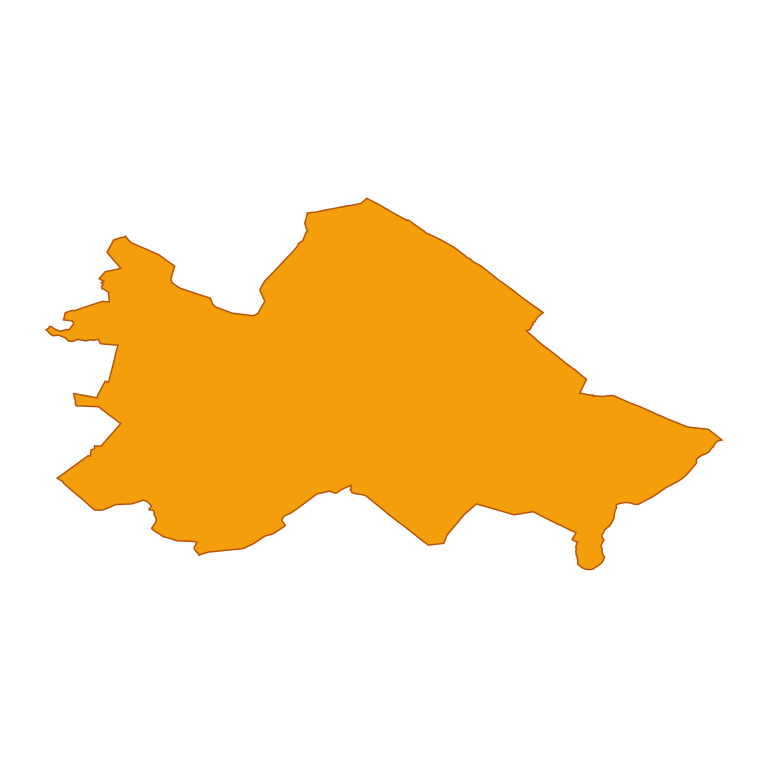 Jaungulbenes pag., Gulbene, Latvia
{"feature_id": "27541924B98196696268447", "entity_name": "Jaungulbenes pag.", "entity_type": "district", "adm_level": 2, "iso_a3": "LVA", "parent_name": "Latvia", "parent_adm1": "Gulbene", "projection": "robinson", "projection_center": [26.577, 57.088], "detail": "fine", "context": "isolated", "style": "filled", "palette": "amber", "viewbox_px": 768, "rotation_deg": 0, "n_neighbors": 0, "source": "geoboundaries", "source_scale": "gbopen_adm2", "svg_char_len": 6008}
<svg xmlns="http://www.w3.org/2000/svg" viewBox="0 0 768 768"><path d="M201.2,554.3L208.2,552.1L242.1,548.7L242.9,548.6L244.0,548.2L250.8,545.0L251.6,544.7L253.6,543.6L264.5,536.4L265.3,535.9L270.9,534.5L273.3,533.6L284.5,526.3L285.0,525.7L285.2,525.2L285.1,524.9L282.2,521.0L281.8,520.1L282.3,518.9L284.1,516.3L285.4,515.5L290.4,513.3L296.7,509.1L315.9,494.7L316.3,494.2L316.9,493.9L329.6,491.2L330.1,491.3L334.2,492.9L334.8,493.0L335.4,493.1L335.8,493.2L336.7,493.0L340.8,490.1L343.1,488.8L351.0,485.4L351.1,486.1L351.0,489.0L350.9,489.2L350.2,489.6L352.2,492.7L356.4,493.9L362.3,494.6L366.0,495.8L390.7,516.1L405.0,526.9L423.8,541.8L428.5,545.1L443.9,543.3L447.4,534.2L447.7,534.3L464.0,514.8L476.4,503.9L478.6,504.5L480.6,505.2L487.4,507.0L514.1,514.8L533.1,511.7L550.7,520.6L559.0,524.7L560.0,525.0L564.4,527.2L571.3,530.6L576.0,532.7L572.1,539.5L575.8,541.6L577.1,541.8L577.1,542.3L576.6,544.7L576.0,545.9L575.8,547.1L576.2,548.7L576.1,550.1L575.8,551.3L576.0,552.5L576.2,553.5L576.0,554.2L576.3,554.6L576.6,555.4L576.5,555.7L577.1,556.2L577.1,556.4L577.2,556.8L577.3,557.0L577.2,557.3L577.1,557.6L577.4,558.9L577.7,559.9L577.7,560.7L577.8,561.6L578.0,562.7L577.7,563.6L577.6,564.2L577.8,564.5L578.1,564.8L579.5,565.5L580.1,565.9L581.9,567.6L582.4,567.9L583.1,568.3L586.0,569.2L586.7,569.3L587.3,569.4L587.8,569.3L590.2,569.7L591.9,569.3L593.9,568.5L595.1,567.3L596.4,566.7L597.4,566.5L599.3,564.8L601.6,562.9L603.1,560.7L603.5,559.3L604.5,557.5L604.1,556.4L602.9,554.6L602.1,552.0L601.9,550.7L602.2,549.3L602.0,548.3L601.2,547.0L601.1,546.1L602.2,542.8L604.0,540.1L604.0,539.8L602.2,537.8L602.0,535.7L602.0,534.7L603.7,532.6L603.7,532.3L604.5,530.0L609.5,525.9L611.6,522.9L613.4,519.3L614.1,517.5L614.1,515.8L614.6,513.7L614.7,511.9L615.0,511.0L616.3,508.4L616.5,507.5L616.3,506.3L616.3,505.6L616.4,504.5L623.2,502.7L625.4,502.5L630.1,502.8L634.6,504.3L635.2,504.4L638.0,504.3L638.5,504.2L651.2,497.5L655.0,495.3L666.1,487.5L670.8,485.1L678.8,480.8L681.6,479.0L684.7,476.5L687.0,474.2L689.7,471.2L692.4,468.0L696.2,463.4L696.5,462.7L696.4,460.4L696.5,459.6L697.5,458.3L698.9,457.1L702.6,454.9L703.7,454.5L705.2,454.0L706.4,453.6L708.3,452.3L709.1,451.7L711.2,448.6L713.1,447.0L713.9,445.6L714.9,444.1L715.6,442.9L716.3,442.1L717.9,441.1L718.8,440.7L719.6,440.4L721.9,440.1L721.4,439.6L713.4,433.3L713.3,433.2L708.2,429.3L696.0,427.9L692.6,427.7L689.3,427.1L687.0,426.8L686.5,426.6L666.9,418.7L661.8,416.3L657.2,414.5L652.1,412.1L637.7,405.7L636.8,405.5L629.2,402.6L616.0,396.7L612.8,395.5L607.1,395.9L602.9,396.5L602.2,396.7L601.2,396.3L596.4,396.0L593.4,396.1L593.7,395.4L593.0,395.1L592.1,395.0L591.0,395.2L590.4,395.4L589.6,394.9L586.1,394.4L584.8,393.9L582.1,393.4L581.0,393.3L579.8,393.4L582.2,388.1L585.9,380.7L586.5,379.2L583.8,377.2L575.5,370.2L566.0,363.4L556.1,355.3L550.3,350.8L543.9,346.1L536.5,339.8L533.9,337.3L530.8,334.7L530.5,334.5L526.2,330.6L528.8,330.2L530.0,329.5L530.6,328.6L531.9,325.7L533.3,324.2L532.6,323.6L532.5,323.2L533.0,322.7L533.8,322.2L535.2,321.5L535.7,320.2L537.9,317.0L543.2,312.6L529.6,303.0L521.9,297.4L516.9,293.4L513.9,290.9L510.6,288.6L503.3,283.3L500.0,281.0L496.4,278.2L480.7,265.8L473.5,262.0L469.8,258.6L467.0,257.6L466.4,257.2L465.7,256.1L464.4,255.2L453.6,247.0L440.4,239.6L429.0,234.1L426.8,233.4L425.7,232.6L424.6,231.6L414.8,224.7L408.6,220.2L408.0,219.8L407.5,220.0L407.6,220.3L407.0,220.6L404.6,219.1L399.8,216.6L392.5,212.5L380.2,205.3L366.7,198.3L365.8,199.2L360.8,203.5L350.1,205.6L350.0,205.4L327.9,209.6L326.3,209.8L316.8,212.0L307.4,213.0L304.8,223.3L307.3,231.9L306.2,232.1L302.7,240.8L301.1,241.6L299.2,243.0L298.6,243.7L298.1,244.5L297.4,246.2L293.7,250.7L268.7,277.0L265.2,280.4L264.6,281.2L260.1,289.4L260.0,290.0L260.0,290.6L260.2,291.3L261.0,292.8L264.8,301.2L257.9,313.6L252.9,315.8L246.1,314.9L232.3,313.2L215.7,307.0L212.8,304.4L210.3,298.1L199.4,294.7L179.5,288.0L172.2,282.8L170.8,279.1L174.7,266.2L161.7,256.9L158.8,254.7L131.8,243.0L129.3,240.9L127.2,238.6L125.9,236.2L125.6,236.1L125.3,236.4L124.5,236.9L124.1,237.4L120.7,237.5L119.2,238.2L113.7,239.9L107.1,252.1L108.8,254.5L120.7,268.2L116.1,269.5L109.1,270.9L105.0,271.9L101.5,275.9L99.3,278.7L100.3,279.4L101.7,280.1L104.1,281.5L103.7,281.8L101.4,282.7L103.0,285.3L101.6,286.7L102.0,288.7L104.6,289.7L107.2,291.3L108.7,292.7L108.6,293.8L109.3,301.9L102.3,301.4L85.5,306.9L74.8,310.6L72.2,310.4L66.4,312.4L65.0,313.1L64.9,314.4L64.3,316.7L63.9,318.9L63.8,319.3L63.4,319.8L72.4,321.0L73.8,323.8L71.2,326.9L68.8,329.9L66.2,329.7L59.9,331.2L55.0,329.2L52.0,327.0L49.4,326.4L48.8,328.0L47.9,328.8L46.1,329.8L47.8,331.2L49.9,333.9L52.9,335.7L56.1,335.5L58.0,334.9L65.5,337.9L68.3,341.0L73.0,341.4L77.5,339.5L79.4,339.6L85.9,340.9L89.5,339.9L93.4,340.2L98.1,339.3L100.5,343.7L106.6,344.3L118.1,345.2L117.0,348.7L115.7,353.5L114.1,360.8L109.9,376.8L108.6,382.1L105.1,381.2L104.1,383.3L97.5,395.6L97.4,397.8L73.7,393.6L74.8,398.7L75.4,400.1L75.4,404.0L76.2,405.8L95.8,406.6L98.2,406.6L106.1,412.5L108.2,414.4L111.6,416.7L120.7,423.6L101.0,446.1L100.8,446.1L96.2,446.0L94.6,446.0L94.5,448.8L91.2,449.8L90.2,456.2L88.1,455.7L78.0,463.1L73.0,466.7L60.3,476.0L57.1,478.2L62.4,481.4L64.0,483.6L65.8,485.2L74.7,492.9L82.3,499.1L86.5,503.0L93.5,509.1L94.9,510.2L101.8,510.2L104.8,509.3L109.7,507.3L115.9,504.5L132.0,503.9L132.5,503.6L139.7,501.4L143.5,500.1L146.9,501.5L149.7,503.9L150.6,504.8L150.7,505.0L151.0,505.2L151.4,505.7L151.3,506.2L151.1,506.3L150.8,506.8L150.6,507.1L150.6,507.4L150.4,507.8L149.9,508.1L149.2,508.7L149.0,509.2L149.0,509.6L149.7,509.9L150.1,510.0L152.1,509.8L152.5,510.1L153.4,510.9L153.8,511.5L153.9,512.1L154.2,512.6L154.2,512.9L154.4,513.2L154.4,514.0L154.2,514.4L154.1,514.7L156.3,518.3L156.0,519.6L155.8,522.3L155.7,522.5L152.0,527.6L151.8,528.5L151.9,528.9L152.4,529.4L155.6,531.7L158.5,533.5L158.8,533.6L163.3,536.7L171.8,539.0L176.3,540.7L193.8,541.5L194.4,541.6L197.0,542.2L194.1,547.5L194.1,548.2L194.4,549.0L194.9,549.8L196.7,552.2L198.3,553.6L198.7,554.6L199.0,555.3L199.9,554.8L201.2,554.3Z" fill="#f59e0b" stroke="#b45309" stroke-width="1.5"/></svg>